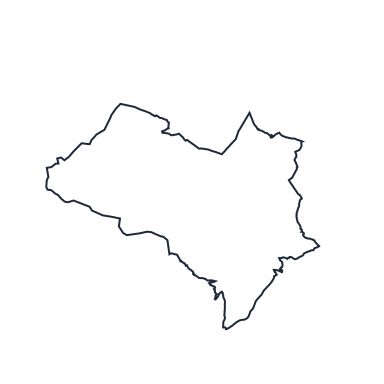 the district of Intorsura Buzaului, Covasna, Romania, rotated 301°
{"feature_id": "2599482B89691616287649", "entity_name": "Intorsura Buzaului", "entity_type": "district", "adm_level": 2, "iso_a3": "ROU", "parent_name": "Romania", "parent_adm1": "Covasna", "projection": "albers", "projection_center": [26.001, 45.693], "detail": "fine", "context": "isolated", "style": "outline", "palette": "slate", "viewbox_px": 384, "rotation_deg": 301, "n_neighbors": 0, "source": "geoboundaries", "source_scale": "gbopen_adm2", "svg_char_len": 6090}
<svg xmlns="http://www.w3.org/2000/svg" viewBox="0 0 384 384"><g transform="rotate(301 192 192)"><path d="M211.1,328.9L211.3,328.5L211.4,327.3L212.4,323.9L213.6,321.4L213.6,321.1L213.3,320.5L213.4,319.8L213.2,319.1L212.9,318.5L212.9,318.1L212.5,316.4L211.8,315.4L211.6,314.7L211.6,313.5L211.2,313.0L211.2,312.6L211.7,310.3L212.3,309.4L212.6,309.2L213.7,309.5L214.0,309.4L214.4,308.8L214.4,307.7L214.8,306.8L214.4,306.3L214.9,306.3L216.0,305.9L216.0,305.6L216.3,305.1L216.1,304.4L216.4,303.9L216.5,303.7L217.4,303.5L218.8,302.1L220.8,297.8L221.8,297.0L222.7,295.8L224.0,295.1L224.6,294.3L225.2,293.8L226.2,293.7L226.9,292.9L227.9,292.5L229.2,292.5L230.7,291.7L231.9,291.7L233.1,291.2L234.7,291.1L235.6,290.8L237.2,289.8L239.7,289.1L240.7,288.7L241.5,289.0L242.2,289.1L242.8,289.3L242.9,289.5L243.3,289.3L243.4,288.9L244.1,287.7L245.0,285.8L244.8,284.3L248.0,277.4L248.3,276.5L248.7,276.0L250.4,272.1L252.1,268.9L255.9,270.5L266.0,270.0L266.9,269.2L267.9,269.5L270.9,265.5L272.3,263.3L274.7,263.1L275.6,263.4L275.8,263.1L277.4,262.5L277.7,262.2L279.6,259.8L280.2,260.1L280.8,260.7L282.9,262.1L283.6,262.4L284.4,262.5L287.7,262.2L288.1,262.1L290.4,260.3L291.3,260.0L291.5,260.1L292.1,260.6L291.7,257.9L291.2,256.6L291.0,255.4L290.6,252.3L289.6,250.8L289.2,249.8L288.6,248.1L288.2,247.2L287.8,245.3L287.2,244.5L287.1,242.3L286.7,241.5L286.7,239.4L287.7,236.1L287.1,235.8L285.5,234.6L284.0,233.9L280.6,232.9L280.0,232.5L279.6,232.2L279.3,231.5L279.9,231.2L280.6,231.5L281.3,232.2L281.6,231.9L281.7,231.2L281.4,230.9L281.6,230.5L281.3,230.3L280.8,230.8L280.4,230.3L280.4,229.5L280.7,228.6L280.9,227.5L281.1,226.6L280.9,225.2L280.5,224.9L280.4,224.1L280.5,223.5L280.4,222.8L280.5,220.7L279.8,218.5L279.7,217.5L279.6,216.5L280.1,216.6L280.0,215.6L281.4,212.4L281.6,211.2L282.9,209.1L284.5,207.0L285.1,206.4L286.7,204.1L289.5,200.5L269.4,200.6L268.6,200.4L259.8,202.3L253.7,200.9L249.5,200.1L246.0,199.3L244.5,199.2L239.7,198.1L238.4,191.3L237.4,187.8L237.0,185.2L236.6,183.7L234.7,178.9L234.1,177.8L234.1,177.5L232.8,175.7L233.0,173.4L233.3,170.9L233.6,166.9L234.1,160.9L232.7,160.2L232.7,159.9L233.0,158.6L234.2,155.9L235.3,150.7L233.7,149.5L229.9,145.0L229.8,144.5L230.0,143.9L230.0,143.4L230.1,142.9L230.0,142.0L229.6,140.7L228.2,137.5L227.5,136.3L228.6,135.1L230.1,136.2L230.3,136.7L230.9,137.1L233.9,138.3L234.5,139.2L235.4,138.4L236.7,137.7L239.5,136.5L239.7,135.0L240.8,133.2L240.3,131.7L239.9,129.7L240.0,128.9L239.7,127.9L239.0,126.1L239.3,123.7L239.4,122.6L239.2,121.9L238.3,121.8L238.1,121.5L238.2,121.0L238.1,120.9L237.8,120.9L237.7,120.7L237.8,120.4L237.8,119.3L238.0,118.8L237.7,118.2L237.7,117.7L238.0,115.2L237.0,109.4L236.0,105.1L235.6,101.1L235.2,98.5L230.7,85.3L224.2,83.8L216.7,83.3L212.5,83.9L200.2,84.9L192.3,80.6L184.6,79.1L180.3,79.7L176.9,72.3L165.9,69.6L158.9,68.4L153.5,66.3L154.1,61.9L151.3,59.2L147.6,62.9L146.1,60.6L140.9,58.6L137.9,55.1L131.0,61.1L127.2,61.5L121.8,64.2L121.1,64.7L119.6,67.0L120.0,67.9L120.1,68.4L120.5,68.8L121.0,70.1L121.0,70.8L120.8,72.4L120.2,75.2L120.4,77.8L120.3,79.4L119.5,81.4L118.8,83.9L118.3,87.2L118.3,88.5L119.5,91.1L123.7,94.9L126.6,111.9L124.6,115.7L126.0,127.5L129.4,136.0L132.2,143.9L124.8,147.1L121.4,154.1L121.4,158.3L129.4,168.2L134.8,173.9L136.6,177.7L137.9,188.0L138.9,190.7L138.0,195.8L127.0,204.7L128.7,205.6L129.2,206.9L129.4,208.1L129.4,208.6L130.0,209.6L130.2,210.2L130.5,211.9L130.3,212.2L129.7,212.7L129.4,213.6L127.6,216.6L127.5,216.8L127.5,217.7L126.9,217.5L126.7,217.6L126.7,218.2L127.0,219.9L126.8,221.6L127.0,222.0L126.7,222.1L126.8,222.9L126.4,223.6L125.6,224.6L126.5,225.3L126.2,225.6L125.9,226.5L125.1,227.6L124.8,228.4L124.6,229.4L124.7,230.8L124.3,232.6L124.2,233.8L123.7,234.4L122.5,235.1L123.0,235.6L122.7,235.9L122.5,236.4L121.9,236.7L122.3,237.6L122.3,238.1L122.3,239.1L122.0,241.8L122.0,242.6L123.8,245.8L124.0,246.3L124.0,247.5L124.5,248.3L124.1,250.1L124.1,250.9L125.7,253.1L126.6,254.8L127.1,256.7L127.5,257.9L126.1,257.0L124.9,255.6L123.8,254.1L123.3,253.6L122.8,253.5L122.8,254.0L122.9,254.3L122.7,254.7L122.3,254.8L122.1,255.0L122.5,255.2L121.9,256.1L122.1,256.9L121.9,258.2L122.3,259.1L122.4,259.8L122.4,260.4L122.2,260.8L121.8,261.1L120.3,260.7L119.9,261.2L119.6,261.6L119.8,262.1L117.6,263.5L117.4,265.3L116.3,265.7L115.0,265.6L114.9,265.9L114.4,266.3L112.8,266.5L112.5,266.8L112.1,266.7L112.0,267.4L112.8,267.6L115.9,268.1L116.8,268.0L117.5,267.4L117.7,267.5L118.0,267.8L118.4,267.6L119.0,267.7L119.7,268.1L120.4,268.3L120.6,268.2L121.0,268.5L121.9,268.9L121.4,269.9L121.3,270.5L120.4,270.7L119.2,272.3L118.5,272.6L117.8,273.3L117.1,274.2L116.4,275.5L115.7,276.1L113.9,277.4L112.8,277.8L110.6,279.3L108.1,280.6L107.3,281.2L106.4,281.4L105.0,282.3L103.0,283.2L101.6,284.7L100.9,285.2L99.3,285.6L96.6,285.8L93.6,287.6L92.5,288.0L92.0,288.3L91.9,288.6L92.8,289.7L93.0,290.6L92.8,291.0L91.9,291.7L92.4,292.3L94.3,293.5L97.8,295.2L102.9,297.0L106.2,298.8L106.9,299.3L108.4,301.0L109.1,302.1L109.9,302.9L112.1,304.2L113.5,304.6L116.8,304.2L120.0,303.5L121.8,304.1L123.1,304.2L125.2,304.1L130.1,303.1L131.6,302.9L134.1,303.3L140.0,304.5L144.3,304.3L149.2,305.3L153.2,306.2L155.3,306.5L157.6,306.6L161.1,306.4L161.6,306.2L162.0,305.7L164.7,307.2L166.5,304.1L166.2,303.9L167.4,302.2L167.7,302.6L168.9,305.5L169.1,305.8L169.2,307.5L169.5,309.4L169.4,310.2L169.7,310.4L170.4,310.2L171.1,309.7L171.4,309.3L171.4,308.7L171.5,308.0L171.1,307.5L171.3,307.0L171.5,307.0L172.2,307.3L173.1,307.2L173.3,307.3L173.9,307.8L174.5,307.8L175.9,307.3L176.6,306.8L177.3,306.0L178.0,305.8L178.3,305.5L178.6,304.5L178.7,303.0L178.8,302.7L179.5,302.1L179.8,301.5L179.9,300.9L180.3,300.7L180.7,301.3L181.0,302.1L181.4,302.9L182.6,303.3L183.2,304.4L183.5,305.5L183.6,306.2L183.9,307.6L183.8,308.0L184.1,308.0L184.9,308.5L185.4,308.5L185.7,309.3L186.8,309.3L186.9,309.6L187.3,310.5L187.4,312.1L187.2,313.1L187.4,314.3L187.4,315.0L187.9,315.5L189.9,316.9L192.0,317.8L192.9,318.5L193.4,319.1L195.4,319.8L196.1,319.6L196.8,319.6L197.9,320.2L199.9,321.5L202.4,323.7L203.6,324.4L204.6,326.0L205.2,326.1L206.0,326.0L206.7,326.0L207.1,326.1L208.5,327.3L210.4,328.6L211.1,328.9Z" fill="none" stroke="#1e293b" stroke-width="2"/></g></svg>